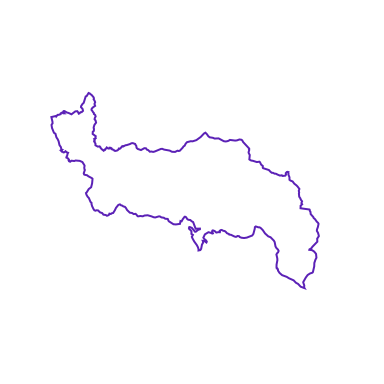 outline of Zavoi, Caras-Severin, Romania, rotated 323°
{"feature_id": "2599482B12025753001267", "entity_name": "Zavoi", "entity_type": "district", "adm_level": 2, "iso_a3": "ROU", "parent_name": "Romania", "parent_adm1": "Caras-Severin", "projection": "orthographic", "projection_center": [22.559, 45.382], "detail": "fine", "context": "isolated", "style": "outline", "palette": "violet", "viewbox_px": 384, "rotation_deg": 323, "n_neighbors": 0, "source": "geoboundaries", "source_scale": "gbopen_adm2", "svg_char_len": 6046}
<svg xmlns="http://www.w3.org/2000/svg" viewBox="0 0 384 384"><g transform="rotate(323 192 192)"><path d="M273.8,290.6L273.9,287.7L273.5,286.1L273.8,285.0L273.5,281.1L274.7,279.0L274.7,278.1L275.3,277.0L275.3,276.7L268.9,270.3L270.5,268.3L272.6,268.1L272.7,266.7L274.3,265.7L274.3,263.6L274.7,262.3L274.8,260.3L276.5,257.5L277.2,257.0L278.0,255.3L279.6,254.2L279.6,251.1L279.4,249.5L278.7,246.9L278.7,244.1L277.5,242.1L277.2,240.9L278.7,238.9L279.5,236.0L280.2,235.3L280.5,234.4L281.0,234.1L280.6,233.5L279.7,233.1L278.2,233.4L277.5,234.7L276.4,235.1L274.1,233.8L273.8,233.4L273.8,232.7L272.1,231.8L270.5,229.1L270.4,228.5L269.7,227.6L269.0,227.1L268.2,225.4L267.3,224.7L266.9,223.3L266.6,220.7L263.1,215.7L263.2,215.1L264.2,213.9L263.7,211.7L264.2,209.2L264.1,208.4L261.8,207.1L259.3,203.6L258.2,202.5L257.5,200.9L257.4,200.5L260.4,197.2L260.7,195.2L261.1,194.3L263.1,192.8L263.2,192.1L263.8,191.7L262.9,182.9L263.2,181.0L262.9,180.0L261.5,178.6L258.9,177.8L257.4,176.9L253.6,173.2L252.0,173.1L250.4,172.5L249.3,171.9L248.0,170.6L245.5,165.2L242.2,162.9L241.3,161.3L239.0,158.9L238.6,157.2L238.7,154.9L238.4,152.7L236.8,152.5L232.0,153.3L226.7,153.2L223.0,151.9L221.6,150.7L218.0,149.2L216.0,149.6L214.0,150.6L212.7,150.5L211.2,151.0L207.1,151.7L206.1,151.3L205.3,150.3L202.6,149.8L200.2,147.8L199.1,145.5L195.2,141.3L194.2,139.6L193.1,138.9L186.5,137.2L185.1,136.6L183.8,135.1L182.6,134.5L182.2,132.1L181.5,131.1L181.5,129.3L180.2,128.3L176.5,127.8L174.6,125.0L174.6,124.5L174.3,123.9L174.4,123.2L175.3,121.5L175.3,119.7L175.5,119.4L174.1,117.3L172.9,116.6L171.4,116.4L168.2,115.3L166.9,114.6L164.5,114.3L164.3,114.2L164.4,113.7L163.7,113.4L161.0,114.1L160.1,113.9L160.1,113.5L159.7,113.2L158.9,113.8L157.5,113.9L155.7,113.2L154.9,112.4L154.8,111.1L153.9,110.1L153.4,108.4L153.9,108.4L153.7,107.8L152.8,107.0L152.2,107.5L151.6,107.2L151.1,106.6L150.7,105.1L148.0,106.0L147.7,105.5L146.3,105.9L145.6,103.3L145.7,102.9L145.5,101.7L145.8,100.9L145.5,100.2L145.6,99.9L144.1,99.1L143.0,96.6L144.1,95.1L144.1,93.7L144.6,93.2L144.4,92.5L145.1,92.0L145.7,91.9L145.8,90.8L147.5,91.1L147.9,90.1L148.7,89.5L147.6,85.9L147.8,85.6L149.0,84.2L150.4,84.1L151.7,82.6L152.0,81.6L153.0,80.7L154.6,79.6L157.1,78.9L158.0,76.9L158.0,75.2L159.1,74.3L160.5,73.7L161.0,72.3L160.9,71.4L160.6,70.7L161.2,69.7L161.0,68.8L161.2,67.4L161.1,66.1L161.4,65.6L162.1,65.1L163.8,64.8L166.5,64.9L167.1,63.0L168.7,62.0L169.2,60.0L169.2,58.8L170.1,58.1L170.4,57.0L170.2,53.8L169.7,52.7L169.7,51.9L169.0,50.7L165.6,52.0L164.6,51.7L159.2,55.6L157.5,55.8L155.1,56.7L154.4,57.4L154.6,59.8L153.8,61.6L151.9,61.8L151.0,61.2L149.4,61.5L148.7,61.3L149.0,60.0L149.0,58.4L147.3,57.4L142.5,57.4L141.0,54.6L139.9,53.2L138.9,50.7L138.4,50.2L137.7,50.2L137.1,50.6L137.3,52.3L136.5,51.7L136.2,50.7L135.5,50.2L134.4,50.2L133.9,50.8L131.9,50.1L131.1,49.5L129.0,50.0L129.1,49.4L124.8,47.5L122.8,52.0L121.9,53.3L120.4,53.7L120.0,54.2L118.7,56.7L117.4,61.6L118.0,63.3L116.6,66.8L116.5,69.0L116.0,71.2L114.4,74.8L114.3,77.2L113.5,79.0L113.6,79.7L113.0,79.7L113.3,80.0L112.4,80.0L112.5,80.8L112.3,80.8L112.4,81.6L112.9,81.8L113.1,83.0L114.1,83.5L115.5,83.3L115.9,85.0L116.6,86.1L115.6,86.6L113.9,88.1L113.4,88.1L112.4,88.9L113.2,90.5L113.2,92.1L113.0,92.8L112.5,92.6L112.3,93.4L112.9,94.5L114.6,94.5L116.6,96.4L118.0,96.8L121.1,99.6L122.5,102.1L122.2,105.6L122.0,106.4L120.7,107.6L119.9,108.9L119.7,109.9L116.8,111.9L116.4,113.1L116.8,113.8L118.3,115.5L118.7,117.1L120.4,120.7L120.5,121.6L117.4,125.0L114.3,127.5L111.3,127.5L107.7,128.9L106.7,129.0L106.1,130.6L105.8,132.9L106.0,134.8L105.0,138.7L105.2,140.3L104.5,141.1L103.7,143.2L103.1,146.2L103.0,147.8L103.6,148.8L104.7,149.1L105.9,150.2L106.3,152.9L107.6,154.8L107.6,156.8L109.3,158.5L109.7,159.7L110.3,160.0L111.7,160.3L113.0,159.6L113.9,160.7L115.1,160.7L116.4,161.3L119.3,160.2L121.8,158.9L125.4,158.0L127.0,158.5L127.3,159.9L128.0,160.7L128.5,162.2L129.5,163.5L129.6,165.1L129.3,167.3L129.9,171.1L131.5,172.7L132.1,174.5L133.8,175.5L134.0,176.9L134.0,178.6L134.6,179.2L136.2,180.0L138.1,181.8L139.9,182.2L142.6,183.9L145.0,187.1L146.2,189.1L147.3,190.2L150.8,191.5L151.6,192.1L152.3,193.9L154.0,195.6L154.5,197.2L156.4,198.9L155.9,200.9L155.9,201.5L157.8,206.6L159.6,208.2L163.2,210.2L165.3,208.3L165.7,209.0L166.0,209.2L168.1,208.2L171.2,207.3L171.8,207.8L172.1,208.7L171.9,210.6L172.3,211.9L173.8,213.4L174.1,215.1L174.8,216.7L172.8,223.5L176.3,226.0L175.9,226.5L174.0,225.9L171.2,226.0L170.5,225.6L170.3,220.6L169.2,218.7L168.7,218.4L167.8,219.0L167.5,220.1L167.9,221.4L167.9,222.7L167.7,223.4L166.3,225.1L166.9,226.8L164.9,227.7L164.5,229.3L164.0,232.8L163.9,237.3L163.5,239.7L162.8,241.6L162.0,242.6L163.7,243.4L165.1,242.9L168.3,240.0L170.0,239.3L171.0,238.3L171.2,237.5L172.3,238.5L173.1,241.0L173.9,240.6L174.1,239.2L173.5,236.6L173.6,235.3L176.8,233.6L180.9,234.0L182.2,235.6L183.2,237.4L183.8,237.6L184.3,235.6L185.0,235.1L185.6,235.2L186.6,236.8L187.0,239.0L189.2,240.1L190.0,240.9L190.4,240.7L190.8,239.7L191.9,239.7L192.9,240.2L193.6,241.8L194.6,242.8L195.0,244.2L195.1,245.9L196.2,247.8L196.1,248.4L197.4,249.7L198.9,252.7L199.7,253.9L200.6,254.5L201.8,254.5L202.5,255.1L203.0,255.7L203.0,256.7L204.0,258.3L205.9,260.1L208.3,261.4L213.9,263.0L215.8,262.4L220.0,259.1L221.1,257.9L222.2,257.9L223.7,260.1L224.7,260.9L225.2,262.1L225.6,265.0L225.4,269.0L226.2,273.3L227.5,275.4L228.1,280.1L227.9,281.7L225.9,285.8L225.7,287.5L226.0,289.7L225.7,291.2L224.4,292.0L223.2,292.1L221.8,292.7L220.2,296.3L219.1,297.9L215.9,300.8L214.1,303.1L213.7,304.0L214.2,304.3L214.1,305.4L213.4,306.5L213.2,309.2L213.9,312.6L216.6,316.8L217.5,319.2L220.0,323.7L220.4,327.1L221.4,329.2L221.8,333.0L224.0,336.5L224.1,335.7L225.4,334.2L226.4,331.2L226.8,330.8L231.4,328.8L234.4,327.9L237.2,328.1L239.6,328.9L240.4,328.7L244.9,324.9L247.0,322.3L249.9,320.3L251.8,319.4L253.8,316.1L253.8,314.3L253.6,312.6L252.8,310.6L250.9,308.8L251.3,308.5L253.3,308.8L255.2,308.2L262.2,307.1L263.9,304.6L266.7,303.6L267.1,302.9L268.1,300.3L268.3,298.2L269.2,297.2L271.5,295.7L273.9,293.6L274.1,292.6L273.8,290.6Z" fill="none" stroke="#5b21b6" stroke-width="2"/></g></svg>